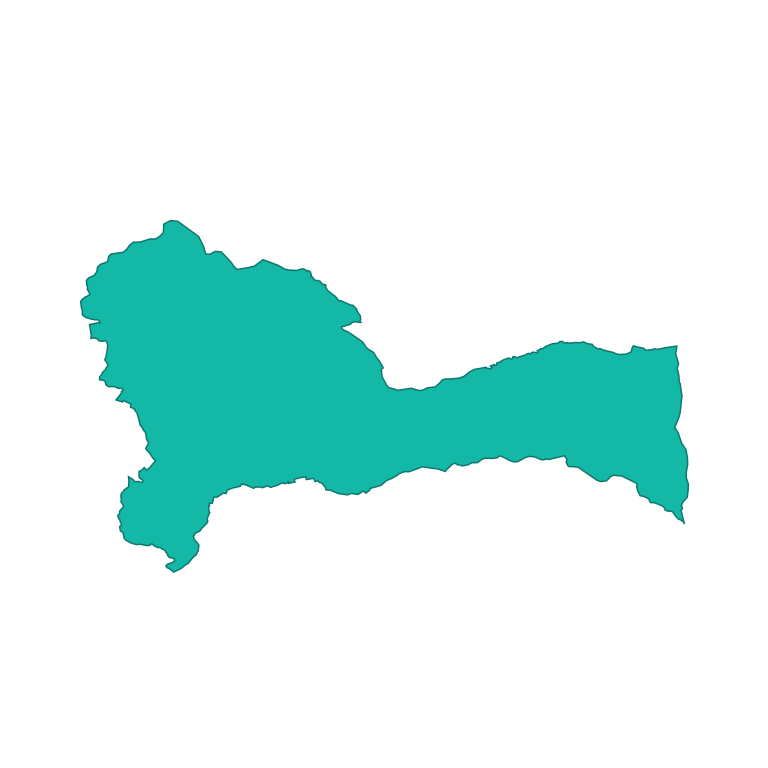 Halmagiu, Arad, Romania, rotated 75°
{"feature_id": "2599482B14202054481695", "entity_name": "Halmagiu", "entity_type": "district", "adm_level": 2, "iso_a3": "ROU", "parent_name": "Romania", "parent_adm1": "Arad", "projection": "orthographic", "projection_center": [22.581, 46.302], "detail": "fine", "context": "isolated", "style": "filled", "palette": "teal", "viewbox_px": 768, "rotation_deg": 75, "n_neighbors": 0, "source": "geoboundaries", "source_scale": "gbopen_adm2", "svg_char_len": 6161}
<svg xmlns="http://www.w3.org/2000/svg" viewBox="0 0 768 768"><g transform="rotate(75 384 384)"><path d="M471.3,670.6L475.0,664.9L475.5,661.5L478.9,654.3L479.1,651.3L478.2,650.6L478.5,649.4L481.4,647.2L483.3,645.0L484.0,642.8L488.1,638.6L490.0,638.3L490.4,637.7L493.7,637.2L496.0,636.3L497.3,633.3L498.8,631.8L500.2,631.9L500.9,632.5L501.7,635.1L501.9,639.3L503.2,641.7L505.2,641.1L507.0,638.9L511.3,635.8L509.4,626.9L507.5,623.0L506.5,619.4L502.4,614.0L500.3,609.5L498.7,608.4L496.9,606.6L491.9,604.6L490.8,604.7L485.3,607.4L481.8,607.6L479.0,604.2L478.7,601.0L477.8,599.2L475.8,596.7L472.6,591.1L471.8,590.3L470.3,589.6L468.6,589.9L462.8,585.5L462.0,586.1L456.7,585.1L456.8,584.2L453.9,583.4L454.7,580.6L449.2,577.7L450.1,574.4L447.8,567.5L448.9,564.9L446.1,563.0L445.6,560.5L445.3,557.1L445.6,549.4L444.0,548.2L444.6,545.5L445.4,544.0L451.0,536.9L450.3,535.0L451.4,530.2L452.7,528.4L452.2,522.7L454.6,520.2L454.3,518.0L454.4,514.1L453.1,507.9L454.5,505.9L454.6,502.6L453.6,502.3L453.5,501.2L455.3,501.6L455.6,495.3L452.7,495.4L452.9,488.0L453.5,483.7L456.2,483.8L456.9,476.4L460.5,475.8L460.1,473.3L462.5,471.7L463.3,469.8L468.6,467.4L471.0,467.5L471.5,467.1L472.6,463.5L478.0,456.5L481.7,447.8L481.2,444.0L484.0,437.6L482.0,431.8L484.6,429.8L484.6,429.4L482.9,425.3L481.3,424.3L481.2,413.3L477.9,406.5L477.1,400.4L475.5,394.5L474.6,392.8L474.1,389.3L474.0,387.0L475.2,382.4L473.9,368.6L480.0,354.0L484.4,347.3L483.1,346.0L479.1,338.6L478.9,335.9L481.3,333.6L481.7,331.8L483.3,329.8L483.8,323.8L482.7,319.4L483.4,317.5L484.1,313.8L482.4,309.7L481.9,307.4L482.0,305.2L484.1,298.0L484.5,293.4L483.5,291.5L483.7,289.8L491.4,281.2L493.2,277.9L493.5,274.5L491.5,266.1L491.6,261.8L493.8,256.7L497.5,252.2L498.6,249.4L498.4,247.4L499.6,244.0L500.0,228.3L504.0,226.8L506.9,228.3L510.9,227.4L511.8,226.2L512.8,222.6L514.6,218.1L532.0,203.2L534.3,200.0L535.1,194.1L532.1,189.1L531.5,186.3L534.4,178.1L545.8,165.2L548.1,166.5L552.9,166.6L558.2,165.5L559.6,162.4L563.6,157.8L566.4,157.8L567.9,156.7L568.4,154.0L573.0,147.6L575.1,145.6L578.7,145.0L580.5,142.2L581.2,139.4L582.6,138.1L586.6,136.7L590.6,134.6L592.1,132.6L594.5,130.5L597.1,130.1L583.3,129.8L581.3,127.9L578.1,128.1L575.0,125.4L571.9,120.4L565.5,117.8L559.6,115.9L552.9,116.3L548.0,115.1L540.3,111.5L533.9,110.0L525.7,109.3L518.0,111.9L507.3,112.5L501.2,114.5L493.0,108.1L488.8,105.6L472.9,99.4L460.2,97.8L458.8,98.3L452.5,97.1L448.1,96.7L444.8,97.0L440.9,94.2L430.0,94.4L423.2,91.3L421.9,101.7L421.4,110.6L420.1,113.3L420.1,116.3L419.3,122.1L416.5,124.3L414.2,129.1L411.7,133.1L413.1,134.8L416.9,136.9L417.9,142.4L416.6,148.0L415.7,150.9L412.6,154.9L407.9,163.5L406.0,165.8L405.0,168.7L401.8,171.9L399.5,172.7L398.2,176.0L397.0,178.1L395.4,179.7L394.8,181.5L394.9,183.9L393.2,189.2L393.4,190.6L393.0,191.4L392.7,193.6L391.2,197.6L391.2,199.3L389.1,200.5L388.5,203.0L389.5,204.9L389.4,207.2L388.7,210.9L389.5,217.9L390.9,221.2L390.6,224.1L391.3,225.4L391.5,227.4L393.2,227.4L393.5,228.5L391.8,231.6L392.0,233.4L392.9,235.0L391.8,236.4L391.9,238.0L392.5,239.8L393.0,249.1L391.7,250.4L391.1,251.8L391.3,252.7L392.7,253.3L392.9,254.2L391.2,257.0L391.6,262.3L392.4,265.7L393.0,266.1L392.7,269.2L393.1,269.7L394.5,269.7L394.8,272.5L393.6,272.7L394.3,276.6L395.9,275.3L396.6,276.6L396.7,278.3L395.8,279.1L395.7,280.4L394.3,281.0L393.3,293.0L394.3,297.7L397.3,304.7L397.8,309.8L396.1,319.7L395.0,323.5L395.2,326.9L397.1,329.3L400.1,335.2L398.9,343.4L399.9,347.4L399.9,349.8L398.9,352.7L395.2,358.6L393.7,372.1L390.1,377.7L389.2,379.9L386.2,381.7L376.7,383.9L369.2,382.9L368.2,380.6L360.6,382.5L356.0,384.5L350.9,385.9L346.0,390.5L343.9,391.8L338.7,393.4L336.6,394.8L324.8,404.9L321.1,409.3L319.6,410.3L317.9,410.4L317.6,400.8L316.4,399.6L316.3,396.5L316.7,394.5L317.8,392.9L318.4,390.4L317.1,391.0L315.7,389.9L312.0,389.2L307.9,390.8L304.1,391.3L299.9,393.7L299.3,395.6L292.4,404.1L292.4,405.4L291.1,406.4L286.9,408.3L279.0,414.3L275.3,415.4L273.7,414.5L273.1,414.8L272.3,416.7L270.6,418.2L268.2,419.2L266.8,421.3L266.7,422.4L265.6,424.0L261.9,425.6L261.3,426.9L259.6,425.9L256.3,426.3L254.6,428.3L255.0,429.4L254.6,430.0L253.2,430.4L251.6,432.8L251.7,439.1L249.5,445.9L247.1,450.5L242.5,454.9L232.6,468.7L236.6,478.6L236.5,484.5L235.3,496.4L231.1,498.8L226.5,500.3L214.4,506.9L212.2,512.5L213.6,518.7L212.2,522.5L203.6,522.8L193.6,524.9L173.4,541.2L170.9,548.0L172.6,555.4L178.1,557.0L181.1,558.4L183.7,563.4L184.8,567.3L183.3,572.6L183.8,582.8L182.1,589.5L182.6,590.1L183.9,593.6L187.0,597.2L189.1,601.2L189.1,603.4L187.8,613.8L189.4,616.8L193.8,619.1L194.6,620.9L195.0,626.9L196.9,630.4L201.3,632.4L204.0,635.6L205.1,641.9L207.0,644.7L211.2,645.4L214.6,645.3L215.7,646.1L220.5,644.8L221.8,645.6L222.9,650.7L224.2,653.7L225.2,655.1L226.3,655.7L231.6,656.5L235.1,656.4L238.1,657.2L239.7,657.2L242.6,654.7L245.4,650.2L247.1,646.7L247.8,643.9L248.2,643.4L251.6,642.4L250.8,645.5L250.5,653.1L260.6,654.0L264.0,655.3L264.4,652.2L266.4,648.9L268.4,648.2L269.7,645.8L270.1,642.0L271.5,641.0L274.8,640.9L277.6,641.7L286.3,645.7L288.0,647.3L289.7,647.1L290.7,646.5L294.1,645.8L295.2,646.3L296.9,648.8L298.4,649.5L299.4,652.1L302.5,655.2L303.5,656.7L306.1,657.7L306.6,657.4L307.4,654.6L309.2,652.7L313.0,652.8L314.6,651.4L315.7,649.7L315.8,647.5L316.5,646.5L316.7,645.0L319.6,641.6L320.3,638.3L322.2,637.3L322.5,637.3L323.2,639.4L324.0,639.3L326.4,642.0L330.0,647.0L333.7,641.1L332.5,640.0L337.9,633.6L340.8,634.9L342.5,632.6L343.8,631.5L345.6,631.3L347.3,630.2L354.1,629.9L360.6,630.2L363.6,628.8L366.8,628.2L368.1,627.2L370.7,626.9L375.7,627.6L379.9,626.7L381.3,627.6L384.5,630.8L386.7,630.2L390.3,628.1L395.4,626.6L399.0,624.6L404.3,632.1L405.8,635.7L402.7,637.1L405.0,641.5L404.9,643.1L408.8,644.3L411.5,644.5L414.3,642.0L415.6,642.0L416.4,642.9L415.8,645.0L414.8,645.9L413.8,650.0L411.6,651.0L407.4,654.8L410.9,655.3L416.5,657.0L417.4,657.7L419.0,662.3L420.6,663.7L421.3,665.4L422.4,666.4L424.7,667.3L427.2,667.5L430.0,668.6L431.7,667.7L434.7,667.3L435.5,667.7L438.3,672.3L441.1,673.0L441.7,675.0L443.0,675.3L445.9,674.9L447.6,674.2L449.0,674.5L450.3,673.9L453.1,674.5L453.2,676.2L457.5,676.7L459.5,675.1L461.0,674.5L465.6,675.0L467.8,673.9L471.3,670.6Z" fill="#14b8a6" stroke="#0f766e" stroke-width="1.5"/></g></svg>